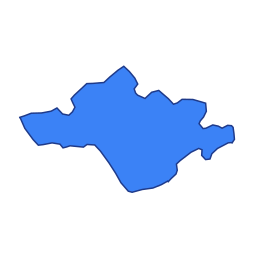 SVG path tracing the border of Želino, rotated 137°
{"feature_id": "MKD-2918", "entity_name": "Želino", "entity_type": "Statistical Region", "adm_level": 1, "iso_a3": "MKD", "parent_name": "North Macedonia", "parent_adm1": "", "projection": "natural_earth1", "projection_center": [21.115, 41.912], "detail": "fine", "context": "isolated", "style": "filled", "palette": "blue", "viewbox_px": 256, "rotation_deg": 137, "n_neighbors": 0, "source": "natural_earth", "source_scale": "10m", "svg_char_len": 1190}
<svg xmlns="http://www.w3.org/2000/svg" viewBox="0 0 256 256"><g transform="rotate(137 128 128)"><path d="M86.3,138.0L79.9,134.5L78.5,121.9L78.5,114.4L74.8,112.7L68.9,112.1L61.1,104.6L56.6,97.1L54.3,93.2L59.3,86.8L65.3,84.5L70.3,83.9L73.1,82.7L73.5,76.4L71.2,74.7L63.9,72.4L60.7,67.8L59.3,63.7L53.3,62.0L50.7,59.1L50.7,56.8L54.3,51.7L57.9,47.1L62.1,46.1L62.3,46.8L64.8,48.8L76.5,52.0L84.2,52.0L89.2,49.4L92.8,52.0L92.8,57.7L88.7,61.6L90.2,64.8L98.4,67.3L112.1,68.6L117.2,68.6L120.8,63.5L124.3,61.6L130.9,61.6L135.2,61.3L135.2,62.1L142.2,63.8L150.7,67.1L159.5,73.3L168.8,78.2L170.9,81.6L170.5,92.7L167.9,103.3L165.7,115.5L163.9,130.0L163.9,138.3L169.2,143.9L173.6,144.4L182.5,154.5L186.0,156.1L189.1,157.8L188.8,162.6L193.7,168.9L201.5,173.8L205.3,176.6L205.3,184.2L203.7,198.1L199.8,209.2L200.5,209.9L195.6,207.6L188.7,204.8L180.9,197.9L172.7,192.7L166.3,191.1L166.3,182.9L162.6,177.7L157.6,177.7L152.6,179.4L151.2,184.0L149.8,188.1L144.8,188.6L135.7,188.6L127.9,188.6L123.3,184.6L114.6,177.7L106.4,177.7L95.9,177.1L89.0,176.0L88.5,168.5L89.0,159.9L90.9,153.5L96.8,152.4L98.6,148.4L98.6,145.5L95.4,138.0L91.3,138.0L86.3,138.0Z" fill="#3b82f6" stroke="#1e3a8a" stroke-width="1.5"/></g></svg>